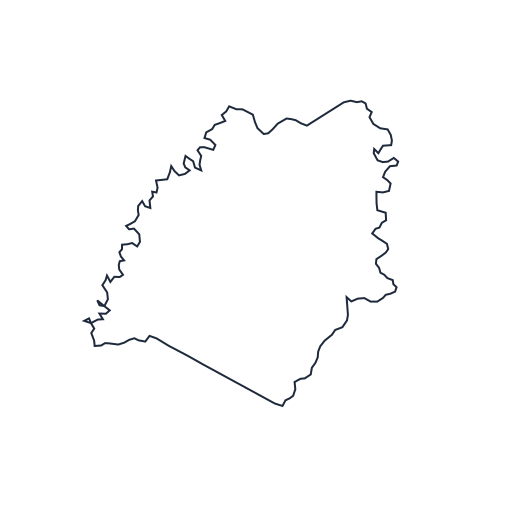 the district of Bom Sucesso, Paraná, Brazil, rotated 321°
{"feature_id": "56859067B82332845062276", "entity_name": "Bom Sucesso", "entity_type": "district", "adm_level": 2, "iso_a3": "BRA", "parent_name": "Brazil", "parent_adm1": "Paraná", "projection": "orthographic", "projection_center": [-51.824, -23.716], "detail": "fine", "context": "isolated", "style": "outline", "palette": "slate", "viewbox_px": 512, "rotation_deg": 321, "n_neighbors": 0, "source": "geoboundaries", "source_scale": "gbopen_adm2", "svg_char_len": 2658}
<svg xmlns="http://www.w3.org/2000/svg" viewBox="0 0 512 512"><g transform="rotate(321 256 256)"><path d="M85.5,204.3L84.6,210.6L79.5,212.2L77.0,219.8L74.0,224.4L79.3,228.1L83.8,228.7L86.8,231.4L93.2,238.1L99.0,240.4L104.9,241.4L109.7,243.4L111.7,247.7L116.1,252.8L123.0,251.1L126.9,257.5L131.8,271.2L140.3,291.0L146.5,306.7L155.6,328.7L177.8,382.5L182.2,389.2L188.1,386.7L192.6,387.8L196.9,388.0L202.7,384.3L206.7,378.2L213.3,379.4L216.9,381.8L224.0,382.5L229.1,378.0L235.0,376.4L240.2,373.6L244.2,369.4L249.1,366.6L256.1,365.0L265.5,365.0L271.0,363.3L278.3,365.7L286.2,363.3L290.4,359.6L300.5,345.0L301.5,351.3L308.3,353.2L313.7,356.9L316.4,363.6L321.6,367.8L328.4,368.5L332.4,367.8L336.7,369.9L341.7,371.2L345.6,368.7L345.0,364.4L347.1,360.8L344.2,355.9L343.9,351.3L342.2,347.3L344.2,342.7L344.3,337.5L347.6,334.2L353.5,334.8L359.0,335.0L363.1,333.8L365.4,329.0L363.6,323.2L362.1,319.1L360.5,311.6L366.1,310.1L369.8,311.6L374.7,309.4L379.6,310.1L384.0,304.0L379.1,296.8L382.8,291.0L387.0,285.6L390.0,281.9L394.7,286.5L400.3,289.1L406.2,284.4L405.8,279.6L404.3,274.7L409.4,271.8L416.6,270.5L422.2,274.2L425.9,272.1L424.8,266.5L418.0,265.7L413.6,262.8L410.7,258.1L412.2,250.2L415.2,247.2L415.8,253.1L419.5,251.7L424.1,250.2L430.8,254.9L434.2,251.9L436.9,246.8L438.0,240.5L432.9,234.9L430.3,227.2L431.6,219.5L436.5,217.0L434.9,211.3L437.2,206.4L435.5,202.3L431.2,199.9L427.2,194.8L420.9,191.8L377.6,186.7L374.5,181.3L372.3,175.4L369.6,171.9L366.3,168.4L356.2,166.8L348.5,168.0L342.7,168.3L338.8,166.1L337.6,157.7L339.5,151.2L342.5,144.2L337.8,133.5L333.1,129.6L329.3,122.8L323.8,124.9L318.1,124.9L317.1,131.7L311.7,130.0L306.4,128.1L301.9,129.8L295.2,128.6L290.2,131.9L293.6,136.8L294.3,144.2L289.6,146.6L284.2,138.8L280.9,136.3L277.1,137.0L276.4,143.7L272.5,146.8L269.5,149.6L267.3,155.0L264.2,148.9L266.8,142.8L265.5,138.8L264.2,133.9L258.0,138.6L256.8,142.6L258.3,147.7L252.5,147.5L246.9,144.9L246.1,138.6L246.7,132.8L241.7,136.8L235.3,140.5L230.3,137.3L225.8,134.4L222.5,141.0L218.6,144.0L215.8,140.7L213.4,144.9L208.2,145.8L204.1,152.2L201.1,147.5L202.1,141.7L195.9,143.0L193.0,146.1L190.6,150.3L183.8,152.8L178.2,151.9L174.0,150.9L174.2,155.4L178.4,157.9L178.9,165.7L174.7,172.0L169.7,173.8L167.9,168.0L163.4,165.9L159.0,162.9L156.1,166.4L152.2,167.1L150.7,171.3L150.7,176.4L146.9,174.3L143.7,176.6L141.2,180.5L140.8,186.9L136.9,186.6L132.8,183.0L126.5,184.5L127.9,177.4L123.8,180.2L118.2,182.0L117.4,190.6L113.7,196.4L106.6,199.5L108.1,206.2L103.0,206.4L98.1,202.2L97.2,208.8L93.0,205.8L85.5,204.3ZM85.5,204.3L87.0,199.4L81.7,198.3L85.5,204.3ZM106.6,199.5L104.7,190.6L103.4,195.8L106.6,199.5Z" fill="none" stroke="#1e293b" stroke-width="2"/></g></svg>